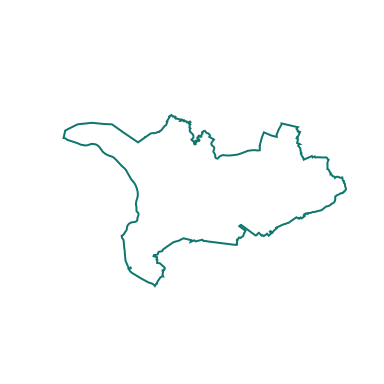 the district of Ocotlán, Jalisco, Mexico, rotated 23°
{"feature_id": "50627088B16557920765065", "entity_name": "Ocotlán", "entity_type": "district", "adm_level": 2, "iso_a3": "MEX", "parent_name": "Mexico", "parent_adm1": "Jalisco", "projection": "mercator", "projection_center": [-102.72, 20.387], "detail": "fine", "context": "isolated", "style": "outline", "palette": "teal", "viewbox_px": 384, "rotation_deg": 23, "n_neighbors": 0, "source": "geoboundaries", "source_scale": "gbopen_adm2", "svg_char_len": 6088}
<svg xmlns="http://www.w3.org/2000/svg" viewBox="0 0 384 384"><g transform="rotate(23 192 192)"><path d="M264.2,91.0L247.6,93.9L247.9,94.5L248.0,95.3L247.4,100.5L247.5,106.1L247.6,106.5L248.5,108.1L245.9,108.6L242.8,109.0L234.9,109.0L235.0,114.3L236.1,122.2L236.4,122.5L236.2,123.1L237.2,124.8L238.1,127.1L236.7,127.9L232.3,129.4L227.5,132.1L222.7,136.8L219.4,139.7L213.9,142.9L211.5,144.1L205.6,146.2L203.5,148.5L202.5,151.3L200.9,151.5L200.1,151.1L199.4,150.2L199.1,149.1L197.7,147.8L196.0,146.6L195.7,146.1L195.6,144.0L195.4,143.1L194.9,142.2L191.8,141.1L190.9,140.2L190.8,139.2L190.9,138.4L191.7,135.1L186.4,134.5L186.6,133.8L186.6,133.2L185.2,132.0L184.6,132.0L183.7,131.7L182.4,132.0L179.9,130.7L178.8,131.5L178.6,132.3L178.2,132.5L178.0,133.0L178.1,133.4L178.5,133.6L178.8,134.0L178.8,134.3L178.5,135.0L178.5,136.4L178.6,136.8L179.0,137.2L179.0,137.4L178.3,137.8L177.0,137.3L176.4,137.4L176.2,137.8L176.7,138.4L176.7,138.7L175.8,139.3L175.6,139.8L175.7,140.1L175.9,140.3L176.4,140.4L176.7,141.3L177.0,141.3L177.5,140.8L178.0,140.8L178.5,141.2L178.7,141.9L178.4,142.4L177.5,143.0L177.0,142.7L176.8,142.9L176.4,143.0L176.0,143.0L175.2,143.4L175.2,143.8L175.4,144.1L176.3,144.3L176.4,145.9L176.5,146.2L176.7,146.5L176.1,147.0L175.8,147.1L175.4,147.0L175.1,146.7L174.0,144.9L173.9,144.8L172.8,144.8L172.2,144.4L171.4,144.3L171.0,143.9L171.7,142.8L172.0,141.5L171.9,140.8L171.1,139.4L170.5,138.8L169.5,138.3L166.3,137.1L165.4,134.9L165.7,134.1L164.4,133.7L164.3,132.6L163.7,131.5L164.0,130.5L163.4,130.3L163.0,129.5L163.3,128.3L162.6,128.0L161.8,129.9L161.1,129.3L160.8,129.3L160.3,129.8L160.0,129.8L159.4,129.3L159.3,129.2L158.3,129.5L158.1,129.6L157.9,129.4L157.6,129.4L157.4,129.8L157.2,129.9L156.7,129.3L156.3,129.9L155.8,129.7L155.3,129.3L155.1,129.3L155.0,129.6L154.2,129.5L154.4,130.3L154.0,130.5L153.8,130.9L153.6,131.0L153.8,130.4L152.5,130.0L152.4,130.2L151.0,130.1L148.5,130.6L148.4,130.8L147.9,130.7L147.8,130.1L147.5,129.8L147.7,129.6L147.4,129.2L147.2,129.2L146.8,129.7L145.5,129.5L145.1,130.1L142.9,129.2L141.4,131.6L141.5,131.7L142.1,131.9L141.2,136.9L141.9,137.0L142.0,140.0L141.9,140.8L141.0,142.0L139.6,147.1L139.0,148.2L138.5,148.5L138.4,149.3L138.2,149.7L137.0,150.2L136.5,150.9L134.6,152.5L132.3,153.4L131.0,154.4L127.3,160.4L127.1,160.3L127.0,160.8L123.0,167.4L105.7,164.0L92.5,161.1L91.9,161.0L84.1,163.9L73.1,167.3L62.0,173.4L60.2,174.5L53.9,181.8L51.3,185.0L52.7,192.5L53.5,192.2L54.3,192.1L56.4,192.6L57.6,192.7L59.2,192.5L63.7,192.1L67.9,191.8L71.1,191.9L75.8,190.8L78.1,189.4L79.5,188.0L80.6,187.1L81.8,186.5L84.2,185.9L85.9,185.8L87.9,186.3L88.8,186.6L94.3,189.9L97.2,190.7L100.0,191.0L105.3,190.7L106.8,191.0L109.7,192.1L117.5,195.6L120.2,196.4L122.4,197.4L130.7,203.8L131.5,204.3L135.3,206.2L137.4,207.8L139.8,210.3L141.8,212.9L142.7,214.7L143.1,215.2L143.9,218.1L144.4,222.7L145.1,225.1L146.7,227.5L148.4,231.3L149.0,231.7L150.6,232.2L151.2,232.9L151.7,234.0L152.0,237.8L152.6,238.8L152.7,239.6L152.1,241.0L151.2,241.8L148.1,243.7L146.6,245.5L146.2,246.5L145.8,247.8L145.9,249.5L146.6,252.2L146.5,253.6L146.2,254.4L145.7,257.5L145.4,258.5L144.4,259.9L144.6,260.1L145.4,261.4L147.3,262.7L147.8,263.0L151.8,270.5L152.9,272.1L153.9,274.3L157.5,281.0L163.8,287.2L165.0,285.6L165.4,286.1L163.8,287.7L164.0,287.8L164.0,287.7L166.3,289.3L168.6,290.0L171.8,290.4L178.5,291.4L187.5,292.3L190.5,291.9L192.1,292.1L193.7,292.5L194.6,293.0L195.2,289.3L195.4,289.4L195.3,288.0L195.6,286.1L196.3,282.9L197.7,281.1L198.4,281.0L197.1,279.5L196.6,276.8L195.7,276.2L195.5,275.7L195.9,275.2L196.5,275.4L197.0,273.8L196.7,272.9L196.2,272.6L196.2,272.2L190.2,270.2L187.5,270.9L186.8,268.3L186.2,268.4L185.7,268.1L185.7,266.8L185.4,265.7L181.7,266.1L181.6,265.0L183.8,263.7L184.7,262.9L184.8,262.3L184.6,260.8L184.7,260.3L185.8,259.3L187.4,258.4L187.6,258.1L187.8,257.7L187.6,256.8L187.8,256.3L190.2,252.2L194.6,245.4L199.3,241.6L200.7,239.7L202.6,237.7L203.3,237.8L210.2,236.6L210.2,238.5L213.0,235.6L214.5,236.1L220.2,231.9L221.8,232.6L222.8,232.0L226.0,231.3L247.1,225.3L252.3,223.8L254.0,223.0L253.4,221.3L253.2,221.3L253.2,220.8L252.3,219.1L252.7,218.5L252.2,218.2L253.0,216.8L252.8,216.6L253.1,215.5L254.1,215.2L254.6,215.3L256.3,212.5L256.1,209.1L256.3,208.9L256.3,206.7L248.9,205.0L249.5,203.7L250.1,203.1L267.4,207.2L267.8,207.0L268.4,206.2L268.8,204.7L269.5,203.4L273.3,205.0L273.7,204.2L275.4,204.5L277.4,201.1L279.7,202.2L281.2,198.9L279.2,198.1L279.6,197.3L281.9,198.1L282.5,195.5L284.2,192.2L283.5,191.9L288.8,186.1L290.0,185.2L293.3,182.2L294.5,180.0L298.0,174.5L300.0,174.7L300.2,174.4L300.6,174.6L300.9,174.2L301.4,174.4L302.0,173.0L303.3,173.4L303.5,173.0L305.0,170.5L304.3,170.2L304.8,169.3L304.0,168.9L305.0,167.4L305.5,167.0L306.2,166.9L306.4,167.3L306.6,167.3L307.3,166.6L307.1,166.0L309.8,164.6L310.2,164.0L311.3,163.0L312.0,162.9L318.5,158.0L318.5,157.7L319.7,155.6L320.6,153.9L321.3,152.7L322.1,152.4L323.4,151.3L324.4,149.9L325.2,148.2L326.0,147.4L326.8,146.2L327.0,145.4L326.9,144.5L327.1,144.1L326.7,142.7L325.7,140.6L325.7,140.2L326.2,139.6L326.3,138.8L327.4,137.6L328.1,137.0L329.5,134.9L330.9,134.4L331.0,134.1L331.0,133.7L331.4,133.5L331.5,133.3L331.7,132.2L332.1,132.1L332.6,129.8L332.7,129.4L332.5,128.9L330.7,126.8L329.9,125.4L329.4,124.6L328.3,124.2L328.0,123.8L327.8,122.8L327.3,122.5L326.7,122.6L325.8,121.8L324.7,119.9L324.0,120.2L322.7,121.1L321.4,120.9L320.1,121.0L319.0,121.7L318.6,122.1L318.1,123.2L317.1,122.3L315.0,122.4L314.5,121.9L313.8,121.6L312.8,121.6L312.6,121.8L312.5,121.7L312.5,120.5L311.9,120.5L309.0,118.0L308.3,117.8L307.7,118.0L306.2,114.2L305.5,113.0L305.0,110.7L305.2,109.0L303.7,108.5L302.9,107.8L302.4,107.7L302.0,107.9L301.6,107.9L298.7,109.2L294.3,110.8L292.1,112.0L291.1,111.3L289.5,113.0L288.3,112.1L282.2,118.6L282.0,118.4L281.8,117.8L281.5,117.7L281.4,117.3L279.2,115.9L277.1,114.0L277.5,113.3L276.8,112.9L275.6,111.3L275.1,110.6L274.8,109.6L271.7,108.0L271.6,106.8L272.7,105.9L271.0,105.7L269.6,105.8L269.0,102.0L267.4,101.7L267.9,100.5L267.3,100.3L268.0,98.7L268.0,94.6L267.3,94.8L267.0,95.4L265.8,94.8L266.1,94.3L264.8,93.8L263.5,93.0L264.2,91.0Z" fill="none" stroke="#0f766e" stroke-width="2"/></g></svg>